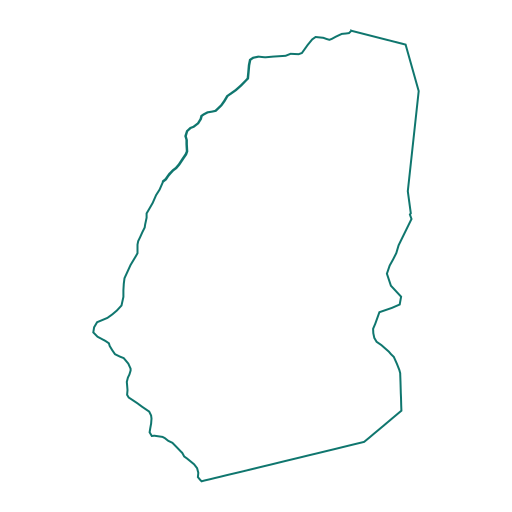 Beida, Western Darfur, Sudan
{"feature_id": "16777658B9931993566109", "entity_name": "Beida", "entity_type": "district", "adm_level": 2, "iso_a3": "SDN", "parent_name": "Sudan", "parent_adm1": "Western Darfur", "projection": "albers", "projection_center": [21.993, 12.896], "detail": "fine", "context": "isolated", "style": "outline", "palette": "teal", "viewbox_px": 512, "rotation_deg": 0, "n_neighbors": 0, "source": "geoboundaries", "source_scale": "gbopen_adm2", "svg_char_len": 3306}
<svg xmlns="http://www.w3.org/2000/svg" viewBox="0 0 512 512"><path d="M351.3,30.7L351.3,30.8L351.1,31.0L349.0,33.1L346.0,33.5L341.8,33.9L339.2,35.1L335.8,36.7L331.8,38.9L329.4,39.8L326.6,39.0L323.3,37.8L315.6,37.0L312.2,39.4L307.7,44.9L301.9,53.0L299.2,54.0L298.5,54.2L290.6,53.8L285.6,55.8L273.1,56.6L266.6,57.2L265.1,57.3L262.9,57.1L258.3,56.6L253.0,57.7L249.9,59.8L248.8,65.1L248.2,72.4L247.6,78.4L245.4,80.8L240.8,85.4L238.7,87.3L235.5,90.1L227.1,96.0L224.1,101.0L221.1,105.3L215.3,110.8L211.9,111.6L207.4,112.3L203.6,114.3L201.3,115.9L200.5,119.0L197.9,123.3L193.3,126.8L190.3,127.9L186.9,131.1L185.3,136.1L186.4,139.7L186.4,144.1L186.8,151.3L185.7,154.0L184.1,156.4L182.4,158.9L178.8,164.4L175.8,167.9L172.8,170.2L170.1,173.0L169.4,173.6L167.9,175.7L165.5,179.1L162.9,181.2L162.6,181.8L165.6,179.5L167.9,176.0L170.2,173.3L172.8,170.5L175.9,168.2L178.9,164.7L183.1,158.4L185.8,154.5L186.9,151.4L186.5,144.4L186.5,140.1L185.4,136.2L186.9,131.1L190.3,128.0L193.4,126.8L197.9,123.3L200.6,119.0L201.3,115.9L203.6,114.4L207.4,112.4L212.0,111.6L215.4,110.9L221.1,105.4L224.1,101.1L227.2,96.0L235.5,90.2L240.9,85.5L245.4,80.8L247.7,78.5L248.8,65.2L250.0,59.8L253.0,57.8L258.3,56.6L258.6,56.7L253.4,57.8L250.4,59.8L249.3,65.2L248.1,78.5L245.8,80.8L241.3,85.5L236.0,90.2L227.6,96.0L224.6,101.1L221.5,105.4L215.8,110.9L212.4,111.6L207.8,112.4L204.0,114.4L201.8,115.9L201.0,119.0L198.3,123.3L193.8,126.8L190.7,128.0L187.3,131.1L185.8,136.2L186.9,140.1L186.9,144.4L187.3,151.4L186.2,154.5L183.5,158.4L179.3,164.7L176.3,168.2L173.2,170.5L170.6,173.3L168.3,176.0L166.0,179.5L163.0,181.8L159.6,189.6L156.1,195.1L152.7,202.9L148.9,209.5L146.6,213.4L146.6,217.7L145.1,224.7L144.7,227.5L142.4,232.1L140.1,237.2L138.2,241.1L137.5,244.6L137.5,253.2L136.0,255.9L130.6,264.9L124.5,278.2L123.8,283.6L123.4,290.3L123.4,296.9L121.5,305.5L116.9,310.5L112.3,314.4L107.4,317.9L101.7,320.3L97.1,322.2L94.1,327.3L93.3,332.4L97.5,336.7L105.5,341.0L108.9,343.3L109.7,346.0L112.3,350.3L115.0,354.2L119.9,356.6L123.7,358.1L128.3,363.6L130.6,368.7L130.6,370.6L129.4,374.5L127.9,377.6L126.8,381.9L127.1,385.1L127.5,390.1L127.1,394.8L128.7,397.5L137.0,403.0L142.3,406.9L149.2,411.6L151.1,415.5L151.5,418.6L151.1,423.7L150.3,428.0L149.6,432.3L151.8,436.0L154.4,435.7L154.9,435.8L162.5,436.9L164.8,438.1L168.2,440.8L172.4,442.8L177.0,447.5L181.9,452.6L181.9,452.2L184.2,456.5L186.9,458.4L190.7,461.5L194.1,464.3L197.1,468.2L198.3,472.8L197.9,477.1L200.2,479.9L201.6,481.3L204.5,480.5L210.2,479.2L215.0,478.0L219.7,476.9L225.3,475.5L230.3,474.3L234.6,473.3L239.7,472.1L264.8,466.0L270.3,464.7L278.0,462.8L285.3,461.0L293.2,459.1L301.5,457.1L308.0,455.5L318.5,453.0L327.1,450.9L334.2,449.2L342.7,447.1L352.9,444.6L364.1,441.9L369.1,437.8L373.7,433.9L379.0,429.5L386.5,423.2L392.3,418.3L396.6,414.7L401.4,410.7L401.2,405.4L401.1,401.2L401.0,397.6L400.8,393.1L400.7,389.3L400.5,382.3L400.2,373.8L400.2,373.2L399.3,369.9L396.9,363.8L393.8,356.9L391.0,354.2L388.8,351.6L384.8,348.1L381.4,345.1L376.6,341.8L374.3,337.9L373.3,333.2L373.1,328.8L375.2,323.9L379.4,312.2L391.9,307.9L399.7,304.5L401.1,296.7L390.9,285.7L386.9,273.7L389.7,265.5L393.1,259.4L396.3,253.1L398.6,245.3L401.0,240.4L403.6,235.1L411.5,219.0L409.9,214.5L410.8,213.3L407.8,191.2L418.7,91.1L405.6,44.6L351.5,30.8L351.3,30.7Z" fill="none" stroke="#0f766e" stroke-width="2"/></svg>